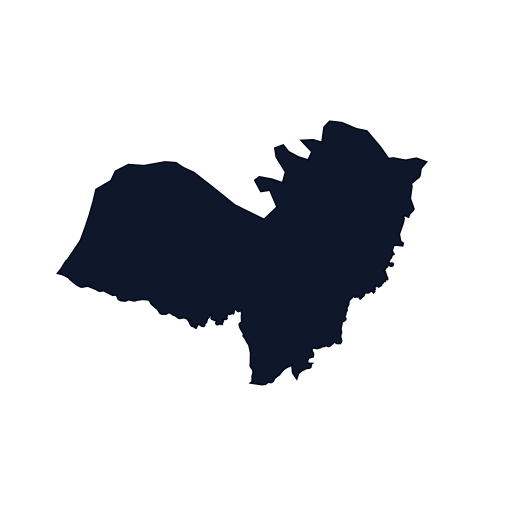 outline of Effia Kwesimintsim Municipal, Western, Ghana, rotated 250°
{"feature_id": "2480657B49181902253284", "entity_name": "Effia Kwesimintsim Municipal", "entity_type": "district", "adm_level": 2, "iso_a3": "GHA", "parent_name": "Ghana", "parent_adm1": "Western", "projection": "mercator", "projection_center": [-1.811, 4.965], "detail": "fine", "context": "isolated", "style": "filled", "palette": "ink", "viewbox_px": 512, "rotation_deg": 250, "n_neighbors": 0, "source": "geoboundaries", "source_scale": "gbopen_adm2", "svg_char_len": 6133}
<svg xmlns="http://www.w3.org/2000/svg" viewBox="0 0 512 512"><g transform="rotate(250 256 256)"><path d="M132.6,260.4L132.7,263.2L133.0,264.2L133.1,265.1L132.4,267.0L132.3,268.1L132.7,269.6L134.5,270.5L135.1,270.9L135.5,271.4L135.8,272.2L137.4,268.2L140.1,268.7L142.0,270.7L141.6,275.3L142.0,275.4L143.4,276.3L144.2,276.6L145.5,276.6L147.3,276.3L147.8,276.3L148.7,276.5L149.2,276.8L149.6,277.3L149.7,277.6L149.8,278.4L149.7,279.0L149.5,279.5L149.1,280.0L148.1,281.7L148.0,282.1L147.8,285.0L148.0,286.6L148.0,287.8L147.6,289.0L147.7,290.3L147.6,291.4L147.2,291.9L146.2,292.9L145.9,293.7L145.9,294.3L146.1,295.0L148.1,299.8L148.0,300.1L147.9,300.7L146.2,301.9L145.9,302.5L145.4,303.6L145.4,304.4L144.8,305.5L146.7,307.4L147.2,307.6L150.5,307.8L152.4,308.5L154.6,310.0L155.1,310.3L155.7,310.5L157.6,310.7L158.5,311.0L159.9,311.7L162.4,313.3L163.7,314.0L164.2,314.4L164.6,314.9L164.8,315.6L164.6,316.2L164.8,316.9L165.3,318.2L165.9,319.0L166.7,319.1L168.4,318.8L169.0,318.9L169.2,319.1L169.7,319.6L169.9,320.1L172.2,321.3L172.7,321.8L173.1,322.4L173.6,322.9L174.1,323.2L174.4,323.2L175.3,323.4L176.4,324.0L178.7,326.5L180.4,327.3L182.2,328.1L184.7,333.7L184.2,334.7L183.6,334.6L183.4,334.8L183.3,335.1L183.6,335.6L183.6,336.2L182.6,337.4L183.4,338.2L182.3,339.0L181.5,339.0L181.1,338.7L179.9,339.2L181.8,343.8L183.1,345.0L183.8,345.0L183.8,347.3L182.9,348.5L182.9,349.9L183.2,350.1L183.3,350.4L183.2,350.7L183.5,351.3L183.8,351.4L183.9,351.7L183.1,353.4L182.4,353.3L181.1,353.8L182.3,355.6L182.8,354.9L183.3,355.0L183.7,355.5L184.1,356.8L184.6,356.6L186.1,356.9L186.1,357.5L186.2,358.0L186.5,358.6L186.5,359.1L186.5,359.4L185.1,360.4L184.9,360.7L184.9,361.2L185.5,363.9L186.6,364.5L187.2,366.2L187.9,366.7L188.2,367.2L188.3,367.5L187.9,368.5L188.1,369.1L188.5,369.2L189.0,369.3L189.5,369.6L189.6,370.1L188.8,371.1L189.3,372.0L190.2,371.8L191.0,372.3L191.9,371.9L193.5,372.0L194.7,372.0L195.2,372.1L195.8,371.9L196.0,371.9L196.6,372.2L197.1,372.1L197.3,371.6L197.7,371.1L199.0,372.4L199.2,373.0L199.4,373.2L199.7,373.4L200.5,373.5L200.5,374.4L200.9,375.8L202.2,376.9L201.2,378.5L200.3,378.8L199.9,380.3L200.2,381.6L200.7,381.8L201.4,382.4L202.0,381.9L202.6,381.9L202.9,381.5L203.1,380.4L203.1,379.8L203.6,379.3L204.0,378.6L204.8,378.9L205.3,378.9L205.8,379.7L206.1,379.9L206.4,379.9L206.6,380.0L208.1,382.7L208.4,382.9L209.8,383.9L210.0,384.1L210.3,385.0L210.3,386.3L211.2,386.4L212.3,385.9L214.4,385.9L214.6,386.0L215.8,386.9L218.2,388.6L218.4,388.8L218.6,389.4L218.5,390.5L218.1,391.9L217.7,392.8L217.2,393.6L215.3,397.3L217.5,398.8L220.6,397.0L227.5,398.2L236.0,405.2L240.2,408.0L240.5,408.2L241.3,407.8L241.7,407.8L242.4,408.2L242.6,408.3L243.0,408.8L242.9,409.1L243.1,409.2L243.0,409.5L243.1,409.8L240.2,412.6L242.6,414.7L243.4,415.6L243.9,417.0L244.7,418.8L245.7,420.2L246.3,420.6L257.3,420.7L267.0,425.8L267.6,426.2L268.1,426.4L270.3,426.7L270.9,427.0L271.3,427.6L271.3,428.0L273.6,434.1L273.8,435.3L274.0,435.6L274.0,435.9L274.2,436.0L274.3,436.2L274.8,437.0L276.0,438.0L281.8,441.1L286.1,448.6L293.1,440.2L294.9,429.3L298.6,423.0L301.3,418.4L302.2,413.9L315.8,410.3L335.7,403.0L341.2,394.0L352.1,382.2L357.5,371.3L353.9,364.0L340.3,356.8L345.7,349.5L349.3,337.8L334.8,344.1L328.5,337.8L334.8,329.6L343.0,322.3L351.1,319.6L351.1,310.6L342.1,308.8L324.9,312.4L315.8,306.0L323.0,297.0L329.4,286.1L327.6,280.7L314.9,282.5L313.1,291.5L294.9,292.4L287.7,276.1L311.3,253.5L333.9,239.9L355.7,226.3L363.8,218.1L371.1,212.7L375.6,202.7L379.2,181.8L385.6,167.3L383.8,152.8L376.5,145.6L373.3,128.4L362.8,121.5L351.1,113.0L341.9,105.7L331.0,96.6L327.4,91.8L316.6,77.0L316.8,76.2L310.4,68.0L307.6,63.4L305.3,66.9L303.6,68.9L301.7,70.5L300.1,72.2L299.3,72.6L298.2,72.9L297.4,73.4L296.1,73.9L295.4,74.4L293.1,75.7L289.6,78.0L288.8,78.8L286.9,80.5L286.5,81.3L286.0,82.5L285.7,85.1L285.2,87.3L284.8,88.1L279.3,94.2L276.4,96.6L275.5,100.9L268.1,107.8L267.1,111.4L262.2,111.8L261.1,112.9L260.5,113.3L258.5,117.2L258.3,118.2L258.4,121.0L258.2,122.0L256.2,124.7L255.4,126.3L255.1,127.4L255.3,128.4L254.0,134.8L253.4,135.8L252.0,139.1L251.1,140.2L248.9,140.9L246.8,141.1L243.2,143.0L240.1,144.9L237.8,145.6L235.2,146.1L233.7,147.3L232.1,151.5L232.5,153.7L232.5,154.4L232.2,155.6L229.3,157.5L227.6,159.5L224.1,161.9L223.5,162.6L223.3,163.1L222.8,166.3L222.6,166.9L222.0,168.0L220.6,169.5L220.4,169.7L217.3,170.6L216.7,170.9L215.2,170.7L213.5,171.0L212.4,171.3L211.9,171.9L211.2,172.8L210.4,173.5L208.8,174.6L208.7,175.2L209.4,175.9L209.9,176.1L210.7,177.4L211.8,178.4L210.5,179.7L209.9,180.0L208.5,181.2L208.0,182.0L207.8,182.5L207.7,183.1L208.2,184.1L209.4,184.4L209.6,184.6L210.1,185.5L210.3,186.5L210.6,186.8L213.1,188.5L213.6,189.0L213.9,189.4L214.5,191.1L215.1,192.0L215.6,192.4L215.9,192.9L215.9,193.5L215.7,194.0L215.4,194.2L214.4,194.0L214.1,193.4L213.6,192.9L213.0,192.6L212.5,192.5L211.6,192.9L210.3,194.4L209.7,194.8L209.2,196.2L208.7,196.5L208.4,196.5L206.8,195.4L206.3,195.1L205.2,195.4L204.8,196.0L204.5,196.8L204.5,197.7L204.7,198.5L204.4,199.0L203.8,199.8L203.3,200.3L203.2,200.6L203.4,201.1L204.8,201.7L205.3,202.5L205.8,203.0L206.1,203.1L206.6,203.1L207.4,203.3L207.6,203.6L207.6,204.1L206.9,205.2L206.7,206.0L206.8,206.9L207.1,207.4L207.7,207.4L208.8,207.8L210.2,208.9L211.2,210.5L211.3,210.8L211.1,211.3L210.0,211.5L210.0,212.4L210.3,213.0L210.3,213.8L209.3,215.0L209.9,215.7L212.3,216.9L212.5,217.2L212.7,217.5L212.8,218.3L212.6,218.8L212.1,219.2L211.3,219.5L210.5,219.7L210.2,219.9L209.8,220.3L209.8,223.4L209.1,223.2L207.0,223.0L204.6,221.8L202.4,221.0L199.2,220.1L198.6,218.9L198.3,217.8L198.1,217.2L197.1,216.7L193.7,216.4L189.3,217.2L187.5,217.7L186.8,217.4L185.9,216.8L184.7,216.6L182.8,217.4L178.0,218.0L175.1,218.8L173.7,218.7L166.7,217.7L156.9,213.9L154.8,212.9L152.8,213.1L149.7,214.1L148.1,213.4L146.5,213.0L145.9,212.3L144.3,211.1L142.5,210.6L140.8,210.0L139.3,209.1L138.6,207.2L133.0,217.6L132.2,221.2L133.0,223.4L132.9,225.3L131.8,226.7L132.1,228.8L133.0,230.1L134.7,231.7L135.1,233.4L135.7,234.7L136.3,237.5L137.2,238.6L139.9,243.4L140.3,245.6L140.7,246.8L140.8,248.0L140.8,249.6L141.3,252.4L133.6,250.4L126.4,252.2L130.9,255.8L131.6,257.1L132.6,260.4Z" fill="#0f172a" stroke="#020617" stroke-width="1.5"/></g></svg>